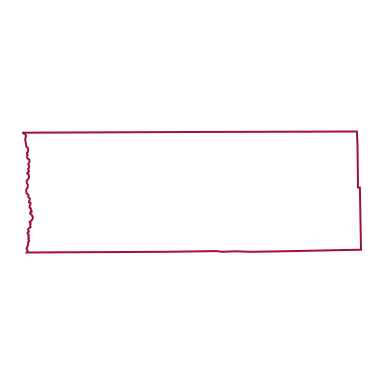 outline of Marshall, Minnesota, United States of America
{"feature_id": "52423323B67799781771195", "entity_name": "Marshall", "entity_type": "district", "adm_level": 2, "iso_a3": "USA", "parent_name": "United States of America", "parent_adm1": "Minnesota", "projection": "albers", "projection_center": [-97.048, 48.358], "detail": "fine", "context": "isolated", "style": "outline", "palette": "rose", "viewbox_px": 384, "rotation_deg": 0, "n_neighbors": 0, "source": "geoboundaries", "source_scale": "gbopen_adm2", "svg_char_len": 2054}
<svg xmlns="http://www.w3.org/2000/svg" viewBox="0 0 384 384"><path d="M361.0,249.7L359.9,187.5L358.0,187.5L357.5,145.5L356.9,131.5L188.9,132.0L23.0,132.7L23.0,132.8L23.4,133.2L23.8,133.6L25.0,134.3L25.7,135.0L26.1,135.9L26.0,136.5L25.4,137.5L25.2,139.1L26.2,145.9L26.3,146.5L26.6,147.0L27.9,148.0L28.2,148.8L28.1,151.4L27.9,151.9L27.1,152.5L26.9,152.9L27.0,153.7L27.4,154.1L27.7,154.6L27.5,155.1L27.2,155.5L27.1,156.9L27.3,157.9L27.6,158.6L29.2,159.5L29.5,159.9L29.5,161.0L29.3,162.4L28.6,163.4L28.4,163.9L28.4,165.0L28.5,165.2L29.0,165.6L29.2,166.4L29.0,167.5L28.8,168.1L28.1,168.9L28.1,169.4L28.4,170.2L28.9,170.7L28.9,171.4L28.6,172.1L27.5,172.6L27.3,173.0L27.4,173.9L28.3,174.1L28.9,175.4L29.0,177.1L28.8,177.9L27.9,179.5L27.1,180.2L26.8,180.7L26.7,181.1L26.8,182.8L27.1,183.7L27.7,184.4L27.9,185.0L27.9,185.6L27.5,187.6L27.0,188.5L26.5,188.9L26.3,189.4L26.3,189.9L26.2,192.2L27.1,194.0L27.9,194.3L28.4,194.8L28.4,195.2L28.2,196.2L28.4,197.2L29.7,198.3L29.8,198.7L29.6,200.1L29.0,201.4L29.0,202.3L29.2,202.6L29.8,202.5L30.5,202.9L30.6,203.3L30.6,204.0L30.1,204.9L29.8,205.3L29.7,205.6L29.5,206.6L29.6,207.5L29.8,207.8L30.7,208.3L30.9,208.6L30.9,210.4L31.7,211.1L31.7,211.3L31.6,211.8L31.5,212.0L30.6,212.1L30.3,212.3L30.2,212.9L30.3,213.9L30.6,214.2L31.0,214.2L31.7,214.8L32.7,216.9L32.9,217.6L32.9,218.1L31.3,220.9L31.0,221.1L30.0,221.5L29.6,222.0L29.6,222.5L29.8,222.8L30.3,222.9L30.6,223.6L30.6,224.2L30.2,224.9L30.1,225.2L30.2,225.7L30.5,226.3L30.6,226.6L30.5,227.2L30.2,227.6L29.3,227.8L28.3,228.9L28.1,229.3L28.2,230.2L28.8,231.3L28.8,231.7L27.9,232.3L27.6,232.7L27.7,233.5L28.0,234.1L28.7,234.5L28.7,234.8L28.7,235.4L28.4,235.8L28.3,236.4L28.4,236.9L28.8,237.1L28.9,237.7L28.9,238.3L28.4,238.9L28.5,239.8L29.1,240.5L29.0,241.4L28.3,241.9L28.1,242.4L28.0,243.0L28.3,244.7L27.6,245.9L27.5,246.3L26.5,248.4L26.5,248.8L26.8,249.3L27.2,249.5L27.4,249.8L27.5,250.6L27.5,251.0L27.3,251.4L26.7,252.3L26.6,252.5L165.5,251.8L217.0,251.1L221.9,251.8L236.0,251.3L250.1,251.8L277.4,251.4L361.0,249.7Z" fill="none" stroke="#9f1239" stroke-width="2"/></svg>